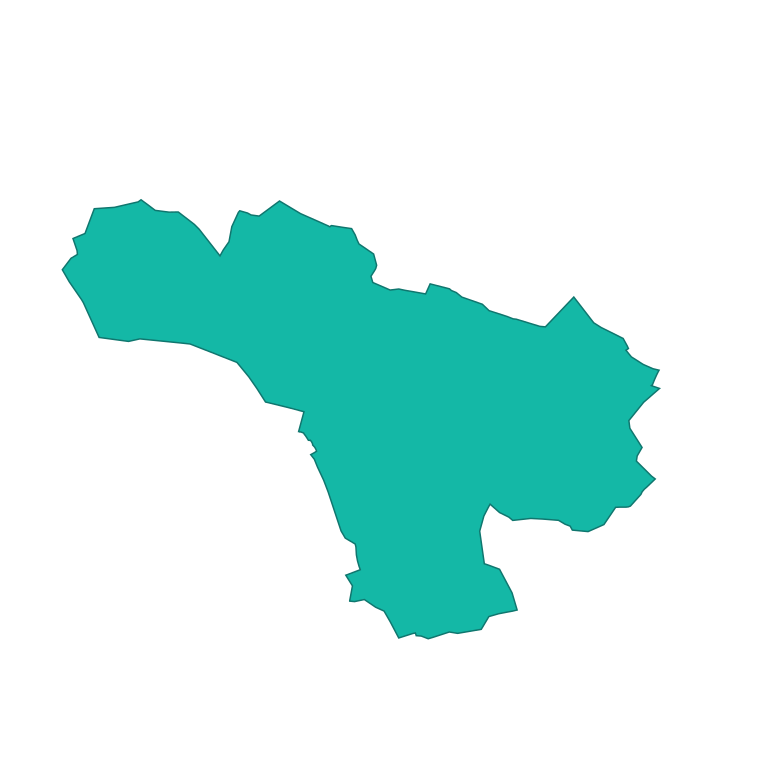 the district of Babura, Jigawa, Nigeria, rotated 250°
{"feature_id": "59680162B12953009585437", "entity_name": "Babura", "entity_type": "district", "adm_level": 2, "iso_a3": "NGA", "parent_name": "Nigeria", "parent_adm1": "Jigawa", "projection": "orthographic", "projection_center": [8.842, 12.599], "detail": "fine", "context": "isolated", "style": "filled", "palette": "teal", "viewbox_px": 768, "rotation_deg": 250, "n_neighbors": 0, "source": "geoboundaries", "source_scale": "gbopen_adm2", "svg_char_len": 2523}
<svg xmlns="http://www.w3.org/2000/svg" viewBox="0 0 768 768"><g transform="rotate(250 384 384)"><path d="M120.2,391.5L129.6,403.0L128.9,413.1L127.5,421.9L126.6,427.2L126.1,431.8L143.9,432.9L170.4,429.2L178.0,420.3L180.8,416.8L206.4,422.2L213.0,423.6L225.8,432.7L232.3,439.7L234.8,442.6L223.7,448.6L216.2,455.8L211.8,458.3L207.5,475.9L202.6,487.4L196.2,501.4L190.4,506.1L187.8,509.1L186.8,510.3L182.3,511.0L175.5,525.3L176.7,542.6L188.9,559.5L187.7,563.3L185.6,569.1L185.0,571.4L185.0,573.8L192.4,587.7L194.4,589.7L196.1,592.6L197.1,595.3L202.0,606.4L205.9,603.9L225.2,594.8L229.8,597.3L236.1,604.8L258.3,599.9L265.9,601.6L266.2,602.1L278.0,621.7L285.6,641.4L291.0,634.7L291.5,636.0L295.7,639.8L299.3,643.3L301.4,645.5L302.9,647.2L306.4,641.9L313.7,634.3L324.9,625.7L333.0,622.9L333.7,625.8L336.5,625.6L345.0,624.3L362.8,607.4L369.8,602.0L383.6,597.6L400.8,592.1L382.5,555.2L384.9,550.1L399.7,530.4L401.0,527.7L405.4,522.7L417.0,507.8L425.3,503.7L437.8,488.4L439.0,486.9L445.2,483.2L448.8,479.3L451.0,478.1L462.3,461.6L454.4,453.9L461.2,442.2L464.2,436.9L464.9,435.7L468.2,430.4L470.2,421.9L483.2,408.2L489.7,408.6L493.7,413.8L495.3,415.7L498.1,417.7L509.7,418.7L524.1,408.4L528.2,408.0L534.0,407.9L541.1,406.7L545.5,398.5L550.8,388.9L550.8,388.3L550.3,387.2L550.6,386.4L551.3,386.0L572.7,363.8L591.7,348.4L584.5,324.1L588.3,316.9L591.3,314.3L596.1,307.7L595.1,305.9L583.9,294.8L570.7,287.0L565.0,278.9L560.5,273.7L592.8,263.2L598.8,260.4L616.0,249.5L619.0,240.8L625.4,228.4L633.0,223.5L640.2,218.7L639.2,215.3L639.7,211.5L640.0,209.1L642.2,191.1L647.8,171.7L627.7,154.5L627.1,141.5L614.3,141.2L610.6,140.2L609.2,132.9L601.4,120.8L587.7,123.2L566.9,128.6L563.2,129.3L525.2,132.2L511.4,158.5L509.9,170.0L491.6,208.0L487.9,215.5L454.6,253.2L437.0,259.4L423.4,263.0L407.6,266.5L394.6,286.0L385.3,299.3L368.5,287.5L368.3,287.9L367.9,288.3L367.6,288.6L367.6,288.9L367.5,289.3L367.0,289.9L366.0,291.0L365.5,291.7L364.1,291.9L362.0,292.6L359.4,293.2L357.0,293.7L356.5,294.7L356.3,295.6L354.2,296.2L352.2,296.4L351.1,296.1L348.2,297.3L345.5,297.7L343.9,297.6L343.3,295.0L342.7,291.0L337.1,292.8L328.7,293.1L314.3,294.4L301.7,294.6L260.6,293.4L252.4,294.9L243.5,302.2L240.5,301.9L232.8,299.6L226.8,298.6L221.2,298.2L217.6,298.2L217.4,282.7L205.1,285.3L191.8,277.5L191.7,277.5L189.6,281.9L188.2,291.8L177.1,299.8L170.6,306.4L158.6,308.5L140.3,311.0L139.7,325.7L139.3,328.3L138.0,328.3L136.5,328.2L134.4,332.8L129.5,338.4L129.2,343.1L128.6,360.6L124.5,367.9L120.2,391.5Z" fill="#14b8a6" stroke="#0f766e" stroke-width="1.5"/></g></svg>